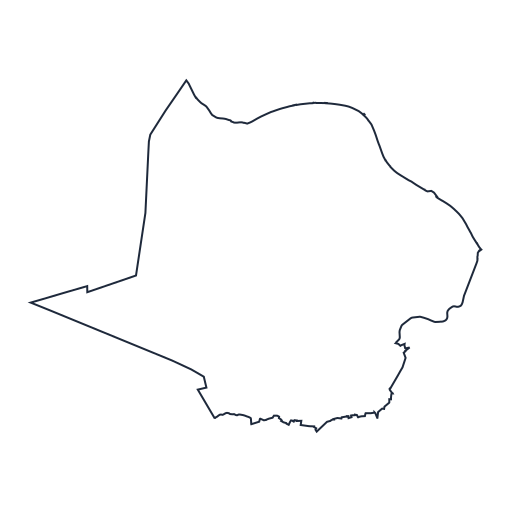 outline of Weert, Limburg, Netherlands
{"feature_id": "6326949B44832169165427", "entity_name": "Weert", "entity_type": "district", "adm_level": 2, "iso_a3": "NLD", "parent_name": "Netherlands", "parent_adm1": "Limburg", "projection": "mercator", "projection_center": [5.712, 51.235], "detail": "fine", "context": "isolated", "style": "outline", "palette": "slate", "viewbox_px": 512, "rotation_deg": 0, "n_neighbors": 0, "source": "geoboundaries", "source_scale": "gbopen_adm2", "svg_char_len": 5914}
<svg xmlns="http://www.w3.org/2000/svg" viewBox="0 0 512 512"><path d="M186.3,80.4L177.0,94.0L165.7,110.4L150.3,134.6L148.9,141.4L148.3,152.9L145.4,213.0L136.0,275.5L87.3,292.2L87.2,286.1L64.8,292.6L42.1,299.3L30.7,302.6L49.8,310.3L171.8,360.4L191.2,369.4L203.8,376.7L206.4,387.6L197.8,389.6L214.4,417.8L214.7,417.7L215.2,417.9L216.3,417.0L216.6,416.9L217.1,416.7L218.7,415.4L219.1,415.2L219.9,414.7L220.2,414.6L220.6,414.6L221.5,414.6L221.9,414.7L222.3,414.8L222.7,414.8L223.9,414.2L224.2,414.0L224.7,413.8L225.0,413.5L225.2,413.4L226.2,413.0L226.9,412.9L227.2,412.9L228.9,413.2L229.3,413.6L229.8,413.9L230.5,414.1L231.4,414.2L233.3,414.3L233.9,414.1L234.3,414.2L235.0,414.6L235.5,414.9L235.9,415.0L236.5,415.2L237.3,415.2L237.9,414.9L238.4,414.6L239.5,414.5L240.3,414.6L242.5,415.0L243.1,415.1L244.8,415.6L245.8,416.0L247.1,416.5L248.4,416.9L249.5,417.4L250.4,417.9L250.7,418.1L250.9,418.8L251.0,419.4L251.0,419.9L251.0,420.4L251.1,421.3L251.2,422.8L251.2,423.9L251.3,424.2L259.2,421.7L259.9,419.0L260.0,418.8L260.3,418.7L260.5,418.8L263.9,420.3L266.2,419.9L266.3,419.7L268.8,418.7L272.6,417.7L273.9,415.7L277.0,415.7L277.5,415.8L279.1,416.7L278.9,418.1L280.9,419.4L281.3,419.8L281.7,420.4L281.2,421.0L281.7,421.3L282.4,421.6L283.4,422.3L284.2,422.5L285.2,422.8L286.3,423.1L286.5,423.7L288.7,424.8L290.0,422.0L291.0,420.4L291.9,420.5L293.2,421.3L293.3,421.1L293.8,421.5L294.5,420.2L296.9,420.5L296.8,421.0L301.3,420.8L300.7,425.0L309.2,426.2L314.1,426.4L314.0,427.0L316.2,428.3L315.5,429.7L316.7,431.6L327.0,421.8L330.4,420.9L330.7,420.5L332.6,419.5L333.8,419.5L333.6,419.0L337.4,418.0L341.4,418.5L341.7,417.3L345.9,416.6L346.9,416.7L346.9,416.1L348.4,416.1L348.6,418.1L351.5,417.2L351.1,415.5L352.2,415.3L354.7,415.2L354.9,414.6L355.9,414.9L356.1,415.0L356.6,414.9L356.9,415.0L357.0,415.1L357.9,417.1L358.0,417.2L358.1,417.3L359.6,416.7L361.5,416.3L364.9,416.1L365.5,413.3L365.6,413.2L370.1,413.2L370.8,413.2L374.0,412.7L374.3,412.5L374.4,412.3L374.4,412.2L374.5,412.3L375.0,413.0L375.3,413.1L377.2,417.8L377.4,417.8L378.1,412.1L380.6,409.9L382.2,408.6L384.1,408.9L384.5,406.6L389.2,402.7L389.3,402.5L389.3,399.2L391.0,399.3L391.0,397.6L391.1,396.5L391.3,394.7L391.6,393.3L392.7,393.4L392.6,393.2L392.4,393.1L391.8,392.6L390.9,391.4L389.9,390.0L389.7,389.6L389.8,389.3L389.6,388.8L390.4,387.9L390.6,388.0L391.8,385.9L397.8,375.6L400.5,370.8L402.5,367.4L405.6,357.9L403.7,352.7L405.4,351.3L405.2,350.9L409.6,347.5L405.8,348.3L405.2,348.2L404.4,345.2L404.6,343.9L401.8,345.0L401.1,345.3L400.4,345.8L398.7,344.2L398.3,343.9L395.7,343.2L396.3,342.6L396.3,342.2L399.0,339.5L399.4,338.9L399.6,338.4L399.7,337.9L399.8,337.3L399.5,332.0L399.6,331.3L399.7,330.5L399.9,329.8L401.3,326.3L401.5,325.9L401.7,325.5L401.9,325.2L402.8,324.4L410.5,318.4L411.0,318.1L411.6,317.8L412.2,317.6L419.2,316.8L419.8,316.7L420.4,316.8L424.0,317.8L427.3,318.9L428.2,319.2L430.8,320.4L434.3,321.8L434.9,321.9L435.5,322.0L439.4,321.8L440.1,321.7L441.2,321.7L442.0,321.6L442.8,321.5L443.5,321.3L444.2,321.0L444.9,320.7L445.4,320.4L445.9,320.0L446.3,319.6L446.7,319.0L447.0,318.5L447.2,317.9L447.3,317.3L447.4,316.7L447.4,316.0L447.2,312.9L447.3,312.4L447.4,311.9L447.5,311.4L447.7,310.9L448.1,310.3L449.0,309.2L449.5,308.7L451.6,307.2L452.6,306.6L453.1,306.4L453.6,306.3L454.2,306.3L454.7,306.3L456.7,306.8L457.3,306.8L457.9,306.8L458.5,306.7L459.1,306.5L460.3,306.0L460.7,305.8L461.0,305.4L461.3,305.1L461.7,304.4L462.1,303.7L462.3,303.0L462.6,302.3L462.7,301.8L464.1,295.4L464.4,294.8L476.4,263.6L477.2,261.3L477.3,260.9L477.4,260.5L477.5,259.1L477.4,259.1L477.4,257.6L477.4,256.7L477.7,255.4L477.8,252.9L478.9,251.1L479.2,250.7L479.3,250.6L479.5,250.9L481.3,249.6L480.9,249.2L479.6,247.6L478.8,246.5L477.8,244.8L477.1,243.4L476.9,243.5L474.0,238.9L472.6,236.6L470.9,233.0L469.9,231.4L469.7,230.9L467.6,227.2L466.9,225.8L466.1,224.2L462.5,218.2L460.5,215.7L458.9,213.8L457.8,212.7L456.3,211.2L455.5,210.5L454.3,209.3L452.0,207.3L450.3,205.9L449.3,205.2L446.5,203.3L442.3,200.7L442.1,200.7L440.8,199.9L437.7,198.0L436.9,197.4L436.3,196.8L436.4,196.7L436.5,196.8L437.0,196.6L434.0,192.6L431.3,190.9L427.5,191.4L425.9,190.7L425.3,190.4L425.0,190.1L424.7,189.7L424.5,189.8L416.3,184.9L412.3,182.2L411.5,181.6L409.2,180.5L408.1,179.9L400.8,175.4L398.3,173.8L397.1,173.0L395.8,172.0L394.0,170.5L392.1,168.6L390.4,166.9L390.3,166.4L389.5,165.6L387.9,163.6L386.8,162.2L385.6,160.2L385.4,160.3L384.1,157.8L383.5,156.7L383.0,155.4L382.2,153.4L379.4,145.5L379.0,144.6L378.8,144.1L378.1,142.2L377.4,140.2L376.5,137.4L375.6,134.7L374.1,130.7L372.7,127.4L371.5,124.6L371.1,124.0L370.2,122.8L368.6,120.7L368.3,120.5L368.2,120.3L368.2,120.2L367.6,119.3L367.3,118.9L366.1,117.5L363.9,115.4L364.6,114.5L364.0,113.9L363.1,114.7L362.2,113.8L361.1,112.9L359.9,112.0L358.7,111.1L353.4,108.5L352.1,107.9L349.3,106.8L348.0,106.4L345.1,105.7L342.3,105.2L339.5,104.7L335.2,104.1L330.9,103.6L326.5,103.3L326.6,103.0L324.8,102.9L324.7,103.1L320.8,103.0L318.0,103.0L316.2,103.0L315.8,102.8L313.7,102.9L313.3,102.7L312.8,103.2L309.4,103.3L306.7,103.6L303.0,104.0L300.3,104.3L296.3,105.0L296.2,104.7L294.2,105.1L294.3,105.2L294.1,105.4L289.5,106.3L287.1,107.0L282.5,108.2L279.8,109.0L275.7,110.4L272.9,111.4L271.0,112.0L266.3,114.1L261.1,116.5L257.3,118.5L252.3,121.4L251.1,122.0L249.8,122.6L248.5,123.1L247.2,123.6L244.4,122.8L244.0,122.9L242.2,122.4L241.4,122.3L240.6,122.3L239.1,122.4L237.7,122.6L236.3,122.7L235.0,122.7L233.8,122.5L233.3,122.2L232.1,121.8L231.1,121.4L231.0,120.9L230.9,120.8L230.7,120.6L230.2,120.3L228.8,120.0L225.9,119.0L224.3,118.7L222.9,118.5L220.0,118.3L218.7,118.1L217.4,117.9L216.1,117.4L212.2,115.0L210.8,113.1L209.3,110.6L206.8,107.1L206.1,106.3L204.9,105.4L204.5,105.2L203.7,104.6L202.5,103.9L201.3,103.1L200.2,102.1L199.2,101.1L198.2,100.1L197.2,99.0L196.3,97.8L196.2,97.5L196.0,97.4L195.8,97.6L195.3,96.8L194.6,95.6L193.9,94.3L189.3,84.9L188.7,83.6L187.8,82.4L187.0,81.3L186.3,80.4Z" fill="none" stroke="#1e293b" stroke-width="2"/></svg>